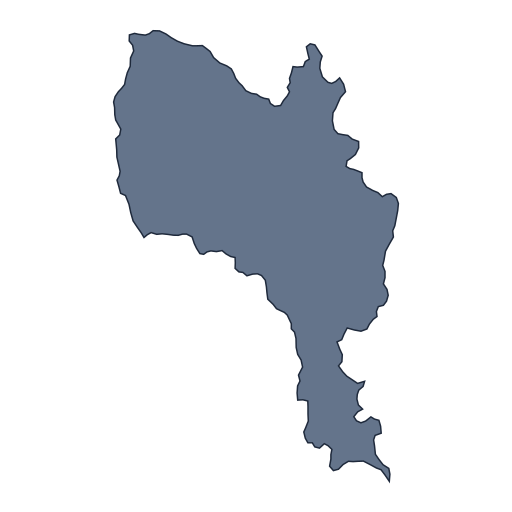 Ibitirama, Espírito Santo, Brazil
{"feature_id": "56859067B18321195948026", "entity_name": "Ibitirama", "entity_type": "district", "adm_level": 2, "iso_a3": "BRA", "parent_name": "Brazil", "parent_adm1": "Espírito Santo", "projection": "robinson", "projection_center": [-41.679, -20.517], "detail": "fine", "context": "isolated", "style": "filled", "palette": "slate", "viewbox_px": 512, "rotation_deg": 0, "n_neighbors": 0, "source": "geoboundaries", "source_scale": "gbopen_adm2", "svg_char_len": 3267}
<svg xmlns="http://www.w3.org/2000/svg" viewBox="0 0 512 512"><path d="M120.6,193.3L125.5,195.5L129.0,204.3L130.7,212.4L133.1,220.9L137.5,227.5L141.1,232.6L144.0,237.5L147.3,234.7L151.1,232.6L156.7,234.3L162.1,233.8L168.0,234.4L173.5,235.2L178.3,235.3L182.6,234.1L186.6,234.1L192.1,236.9L194.3,243.6L196.6,248.4L199.9,253.6L203.7,254.3L207.0,251.9L210.9,250.9L216.4,251.6L222.1,250.6L226.0,253.9L230.6,256.5L235.1,257.5L235.3,262.8L235.1,268.4L238.9,271.9L242.9,272.4L246.9,275.8L252.6,274.1L257.5,273.8L261.5,275.5L265.3,280.2L266.4,286.8L267.0,293.1L267.8,299.2L273.2,304.4L276.5,308.7L280.5,310.6L284.4,312.4L287.3,315.1L289.2,319.2L291.3,323.6L291.3,328.8L294.5,332.1L296.0,338.5L296.2,347.5L297.7,354.4L301.1,360.0L302.6,367.1L298.5,375.1L300.0,381.0L297.6,385.9L297.1,393.0L297.7,400.1L302.9,399.8L307.8,401.0L308.0,406.6L308.0,413.9L308.3,421.1L305.6,427.9L303.8,432.0L305.3,438.2L307.9,442.8L312.3,442.8L314.8,446.9L319.5,448.1L324.3,443.7L328.1,445.7L331.9,449.4L330.9,454.6L330.9,459.1L329.6,466.2L333.4,470.6L338.5,469.2L343.1,464.5L348.4,461.3L353.1,461.6L357.7,461.3L363.4,461.1L370.4,464.7L376.4,468.0L381.0,469.7L384.8,474.7L389.3,481.3L389.9,474.2L388.8,468.4L383.0,464.7L378.9,459.4L375.4,454.3L374.5,445.7L373.6,439.9L375.1,435.4L381.2,433.2L380.6,426.2L378.9,420.3L374.5,419.1L370.9,416.9L365.6,421.1L360.9,422.8L356.5,420.8L353.8,416.7L357.7,411.8L362.6,409.1L358.4,405.0L356.9,399.1L357.3,394.4L358.8,390.1L363.1,386.4L364.6,381.3L357.6,383.4L351.2,379.1L346.8,376.2L342.7,371.8L338.5,365.9L341.9,361.7L342.3,354.7L339.8,349.3L337.0,341.9L341.7,339.7L344.0,334.1L347.2,328.0L354.4,330.0L361.0,331.2L366.9,329.0L369.4,324.1L373.2,319.3L377.0,316.5L376.4,311.5L378.3,306.6L383.4,305.3L386.5,301.2L388.2,295.3L387.0,289.4L383.4,283.9L385.0,277.7L385.0,271.4L382.7,265.4L384.0,260.2L385.5,251.2L389.1,244.5L393.4,237.0L392.7,230.8L394.8,225.8L396.3,218.0L397.7,210.6L398.4,203.5L396.3,197.5L391.0,193.6L386.5,194.3L382.3,196.7L377.9,192.6L372.6,190.4L366.5,187.0L363.1,182.0L362.0,177.7L362.0,172.7L357.8,171.0L353.6,169.4L349.8,168.6L346.1,166.4L347.0,160.8L350.6,158.4L355.4,154.5L358.7,147.9L358.6,141.5L352.2,139.1L347.8,135.4L343.0,134.7L337.9,133.7L334.1,129.4L332.4,120.8L333.0,112.7L335.6,108.5L337.9,103.2L340.4,97.6L345.5,91.7L343.6,84.2L339.6,77.9L335.7,81.5L331.7,83.4L327.9,82.3L322.4,76.9L319.8,68.3L320.3,61.9L322.1,56.1L319.3,51.9L314.9,44.9L310.2,43.8L306.4,46.8L307.9,53.6L309.3,59.1L305.3,61.5L303.4,66.6L297.2,67.1L293.0,66.6L291.4,73.0L289.5,78.4L290.2,82.7L287.3,87.4L289.5,91.8L287.3,95.9L283.5,100.5L280.6,105.5L274.6,106.3L270.4,103.5L268.7,99.1L264.1,98.3L260.2,96.8L256.6,94.2L251.4,93.4L245.8,90.7L242.1,85.7L238.9,82.7L235.6,78.3L233.7,73.4L231.3,68.9L226.8,65.9L219.8,63.0L213.6,57.6L210.1,51.5L206.3,48.5L202.4,45.6L196.5,45.8L192.5,45.8L188.7,44.9L183.8,43.7L177.4,41.2L171.1,37.6L166.0,34.0L159.5,30.9L153.1,30.7L149.3,33.7L145.3,35.1L138.6,34.3L134.5,33.4L129.4,34.9L129.2,41.0L132.6,45.2L133.7,51.0L130.5,58.0L130.2,66.3L127.3,72.7L125.6,79.0L124.6,84.5L121.6,88.3L118.4,91.7L115.1,96.6L113.6,102.0L114.6,107.6L114.8,114.7L115.7,120.0L120.8,129.1L119.7,135.0L115.7,138.9L116.7,149.9L116.9,157.1L120.1,171.3L119.3,175.8L117.0,180.1L118.9,186.7L120.6,193.3Z" fill="#64748b" stroke="#1e293b" stroke-width="1.5"/></svg>